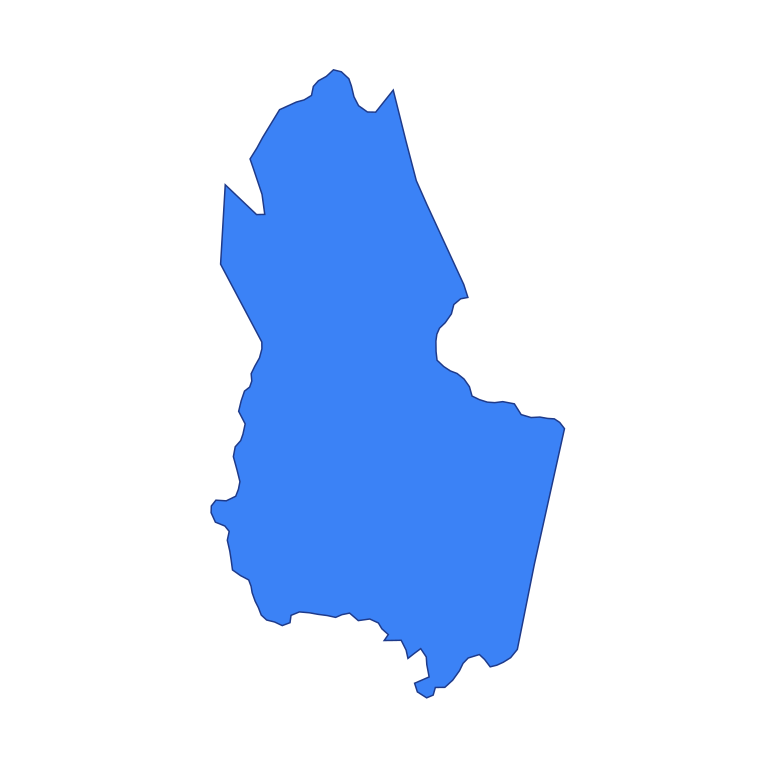 Pojuca, Bahia, Brazil, rotated 111°
{"feature_id": "56859067B76883153618949", "entity_name": "Pojuca", "entity_type": "district", "adm_level": 2, "iso_a3": "BRA", "parent_name": "Brazil", "parent_adm1": "Bahia", "projection": "orthographic", "projection_center": [-38.236, -12.36], "detail": "fine", "context": "isolated", "style": "filled", "palette": "blue", "viewbox_px": 768, "rotation_deg": 111, "n_neighbors": 0, "source": "geoboundaries", "source_scale": "gbopen_adm2", "svg_char_len": 1887}
<svg xmlns="http://www.w3.org/2000/svg" viewBox="0 0 768 768"><g transform="rotate(111 384 384)"><path d="M361.0,199.5L356.9,206.2L355.5,212.5L357.5,218.9L359.0,226.6L362.6,234.7L363.4,245.0L355.8,255.2L357.9,266.8L361.7,273.9L363.9,281.0L364.4,289.4L363.7,297.5L355.9,303.3L350.7,311.0L348.0,319.5L348.0,326.8L346.3,334.5L342.8,343.0L335.1,347.0L325.4,350.9L318.6,352.5L312.0,352.2L304.8,348.8L294.4,346.2L284.8,347.3L277.0,343.0L273.1,336.7L262.5,345.2L256.3,351.6L200.8,408.6L182.6,426.7L149.4,450.5L106.3,480.7L133.2,489.2L136.0,496.9L133.3,507.5L126.6,515.0L117.4,521.3L111.6,526.2L107.8,535.7L108.8,543.8L117.5,548.1L124.4,553.9L131.5,556.6L140.6,555.1L147.5,560.5L152.2,566.9L158.9,573.5L165.3,579.8L197.0,585.6L209.1,587.2L221.9,589.7L230.2,582.7L250.7,565.8L268.4,556.1L271.5,563.7L254.9,603.6L330.7,579.5L388.6,513.1L394.9,510.6L404.2,509.6L413.7,511.0L422.0,511.7L428.6,508.5L435.0,508.3L440.6,511.7L451.0,511.3L461.6,509.9L471.0,499.3L481.4,497.7L488.2,497.5L495.9,500.4L505.8,498.6L516.8,490.5L526.8,483.5L534.4,482.2L541.9,482.2L549.6,489.4L552.7,499.3L559.8,501.5L566.1,499.3L573.4,491.9L573.6,481.7L577.1,475.7L586.0,474.3L595.4,468.0L603.3,463.5L611.9,458.8L614.3,449.3L615.4,440.1L620.5,435.6L626.1,432.3L633.0,426.4L637.8,421.1L643.7,415.8L646.4,409.0L645.4,400.9L646.0,392.4L640.5,386.2L633.3,387.9L627.1,381.3L624.3,371.6L622.7,363.1L620.5,354.0L619.2,345.5L614.4,340.6L610.2,334.0L614.1,323.2L608.5,313.1L609.1,303.6L613.3,298.3L616.4,290.2L623.4,291.9L621.0,285.8L617.1,276.1L624.5,268.0L631.6,263.3L624.7,259.2L617.9,254.9L623.7,246.7L630.6,243.5L641.3,236.9L646.8,242.5L652.4,248.2L659.5,242.5L661.7,231.7L656.8,226.6L648.9,227.3L645.4,218.5L635.8,213.7L624.7,210.8L616.5,210.1L609.6,207.2L602.4,198.0L605.1,191.4L610.0,183.5L606.1,177.9L601.0,172.9L594.1,167.7L584.0,164.4L498.6,179.0L361.0,199.5Z" fill="#3b82f6" stroke="#1e3a8a" stroke-width="1.5"/></g></svg>